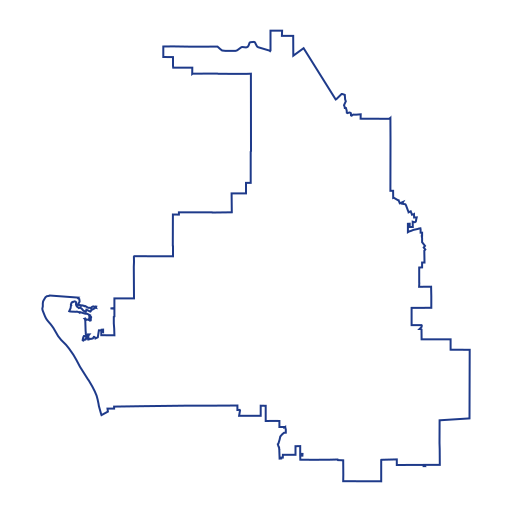 Etchojoa, Sonora, Mexico
{"feature_id": "50627088B76795265629930", "entity_name": "Etchojoa", "entity_type": "district", "adm_level": 2, "iso_a3": "MEX", "parent_name": "Mexico", "parent_adm1": "Sonora", "projection": "natural_earth1", "projection_center": [-109.755, 27.044], "detail": "fine", "context": "isolated", "style": "outline", "palette": "blue", "viewbox_px": 512, "rotation_deg": 0, "n_neighbors": 0, "source": "geoboundaries", "source_scale": "gbopen_adm2", "svg_char_len": 5758}
<svg xmlns="http://www.w3.org/2000/svg" viewBox="0 0 512 512"><path d="M381.2,481.3L381.2,459.9L381.3,459.8L396.8,459.4L396.8,465.0L423.6,464.9L423.6,466.1L424.9,466.1L424.6,465.6L424.6,464.9L439.8,464.9L439.7,449.2L439.5,443.0L439.6,420.3L469.5,418.4L469.7,349.8L450.6,349.7L450.6,339.3L421.6,339.3L421.5,328.8L421.4,329.0L419.6,329.0L421.4,327.2L421.7,326.2L421.8,325.8L421.7,325.5L421.5,325.1L411.6,325.1L411.6,307.9L431.3,307.8L431.3,296.3L431.1,286.7L419.1,286.8L419.3,283.0L419.2,282.9L419.2,267.5L422.1,267.4L422.1,262.5L424.5,262.5L424.3,250.7L425.3,249.5L423.7,247.5L425.0,245.9L422.1,242.2L422.1,237.9L421.9,237.2L422.0,236.7L422.0,235.9L421.8,235.9L421.8,235.7L422.1,235.7L422.1,232.7L420.6,232.7L420.6,229.5L420.4,228.3L418.7,228.6L418.0,228.9L413.4,229.9L410.5,231.1L409.8,231.2L409.1,231.5L407.9,232.2L407.9,223.8L409.7,223.7L409.7,227.0L412.8,227.0L412.7,221.7L414.3,222.2L414.8,222.2L415.6,221.8L415.8,221.5L416.0,220.9L416.2,219.4L416.7,217.4L414.1,217.5L414.0,214.1L413.3,214.5L412.6,214.4L412.0,214.7L410.7,211.3L408.6,212.3L408.5,211.7L408.1,211.0L405.7,204.5L406.0,204.4L402.1,203.7L403.1,201.9L399.8,203.3L398.6,200.3L398.3,200.4L393.7,197.7L393.2,197.9L393.1,190.8L390.4,190.8L390.5,139.4L390.4,118.1L389.8,118.8L389.7,118.8L390.0,118.3L389.9,118.2L389.3,118.6L388.7,118.8L360.6,118.7L360.7,114.3L355.9,114.7L353.2,114.6L351.6,115.7L351.0,115.4L350.9,113.3L350.6,112.9L349.5,112.5L347.4,113.1L346.8,112.7L346.7,110.6L345.9,108.0L344.8,108.0L344.6,106.7L344.0,105.2L345.8,101.3L345.1,99.3L344.8,94.9L342.2,94.0L341.6,94.0L336.4,99.1L335.7,99.5L303.6,48.2L293.3,55.7L293.2,35.9L281.9,35.9L282.1,30.7L270.5,30.7L270.5,50.5L270.1,51.1L269.5,50.6L258.1,47.2L257.2,46.6L256.6,45.7L255.0,42.5L254.6,42.1L253.8,41.9L250.6,42.2L250.2,42.3L249.7,42.6L249.4,43.2L248.6,45.5L248.2,46.1L247.7,46.8L247.1,47.1L246.2,47.4L245.6,47.4L242.4,47.0L241.7,47.1L241.1,47.4L237.2,50.3L235.8,50.8L235.3,50.9L225.7,50.9L222.1,50.5L220.3,49.1L217.5,46.6L192.3,46.7L173.0,46.4L163.3,46.5L163.3,57.0L173.0,57.1L173.0,65.9L173.2,67.7L192.3,67.7L192.2,74.0L192.6,73.7L207.4,73.6L217.4,73.6L218.3,73.8L245.8,73.9L250.9,73.7L251.0,151.2L250.7,151.7L250.7,182.9L246.0,182.9L246.0,193.4L231.6,193.4L231.8,212.3L216.2,212.5L212.2,212.5L212.0,212.3L178.9,212.3L178.9,214.6L172.9,214.5L172.8,245.8L173.0,246.0L173.0,256.3L134.3,256.2L134.2,256.5L133.9,256.8L134.0,261.8L133.8,266.9L134.0,298.4L114.4,298.4L114.4,308.1L110.5,308.4L114.4,308.7L114.4,316.5L113.8,316.9L113.8,323.4L114.2,328.6L114.4,335.3L101.3,335.2L101.3,331.3L103.1,332.1L103.1,329.6L101.7,329.7L101.7,330.3L98.9,330.3L97.8,337.3L95.5,338.4L95.4,337.8L94.6,337.2L94.2,336.9L93.8,336.9L93.5,337.6L93.0,338.3L92.7,338.3L91.8,338.8L90.7,338.8L88.6,339.5L88.3,339.5L88.3,339.1L88.7,338.9L88.8,338.3L88.6,337.9L88.2,337.7L87.7,337.8L87.4,338.5L86.9,338.4L86.7,338.7L85.8,338.7L85.6,338.9L85.6,339.4L85.5,339.6L83.9,339.6L83.7,340.3L83.4,340.6L82.7,340.3L82.7,339.9L82.9,338.8L83.3,337.2L83.9,336.0L84.2,335.9L86.2,336.9L86.6,336.8L87.0,336.4L87.8,336.4L88.2,336.5L88.5,336.0L88.7,335.1L89.3,334.4L87.7,334.4L87.4,334.8L86.7,335.0L86.4,335.0L86.0,334.6L85.7,333.2L85.8,332.6L85.6,330.9L85.3,321.2L85.1,319.6L84.8,318.9L84.6,318.7L84.9,318.6L84.9,318.8L85.1,318.9L85.3,319.3L85.6,319.5L86.0,319.3L86.5,319.8L87.0,319.6L88.0,319.7L89.0,319.2L89.6,319.9L89.1,320.3L89.0,320.9L89.5,320.2L89.8,320.6L90.6,320.5L90.8,320.2L90.8,319.6L90.5,319.7L90.1,319.4L90.1,319.1L89.9,319.0L89.8,318.7L89.5,318.5L89.2,318.4L89.2,318.2L90.3,318.1L90.8,317.5L91.1,317.4L91.1,317.0L90.8,316.6L90.5,316.6L89.7,316.4L89.5,316.5L89.3,316.3L89.2,316.0L89.9,315.2L87.2,313.8L85.2,313.7L80.0,312.1L79.7,312.7L79.3,312.4L77.3,311.7L76.7,311.6L76.3,311.8L71.2,311.6L69.7,311.4L69.2,311.2L70.6,308.1L70.9,305.8L71.0,305.5L71.2,305.3L71.0,305.0L70.9,304.7L70.9,304.3L71.2,303.8L71.4,303.0L72.3,302.0L72.6,301.9L72.9,302.1L74.3,301.4L74.9,301.4L75.3,301.6L76.2,302.3L76.2,302.6L76.1,303.1L76.0,304.3L76.3,305.5L77.0,306.6L78.0,307.4L78.7,307.5L78.9,308.0L80.4,307.7L82.0,309.0L83.5,310.8L85.8,311.7L86.4,309.7L90.3,311.6L90.7,311.3L91.3,309.9L91.8,309.6L92.0,309.3L92.4,309.6L92.5,309.6L92.8,309.3L94.5,308.4L94.6,308.1L95.6,307.7L96.0,307.8L95.9,307.6L96.2,306.6L95.3,306.5L94.6,306.9L94.3,306.7L93.9,306.6L93.4,306.4L92.6,306.6L91.6,307.2L91.0,308.0L90.6,308.1L89.9,307.8L88.2,307.8L85.5,306.2L85.3,306.1L84.9,306.3L84.6,306.2L83.8,305.7L83.4,305.8L82.8,305.5L81.8,305.3L81.3,305.8L80.3,305.5L80.0,305.0L78.7,305.0L77.9,304.8L77.8,304.6L78.0,304.2L78.5,303.7L79.4,302.0L79.6,301.3L79.3,299.1L78.6,298.5L78.3,298.5L77.8,298.1L77.8,297.9L78.1,297.6L49.6,295.5L49.2,295.7L49.2,295.8L48.3,296.0L46.9,296.2L45.5,297.2L43.7,300.2L43.1,301.4L42.8,303.3L42.8,306.4L42.3,308.7L42.5,309.9L42.9,311.1L44.9,316.1L45.7,317.8L46.7,319.5L48.1,321.3L50.6,324.2L51.9,325.9L53.4,328.0L58.1,336.1L61.1,339.9L66.1,344.9L69.0,348.5L73.4,354.8L76.3,359.8L80.0,366.8L87.9,379.3L88.8,380.5L92.3,386.5L94.8,391.4L96.6,395.7L97.6,399.4L98.5,403.7L98.9,406.1L101.1,414.0L101.5,415.1L107.9,411.6L107.5,408.6L114.1,408.6L114.1,406.6L141.2,406.2L183.7,405.7L208.3,405.7L221.5,405.6L226.1,405.6L237.4,405.5L237.4,410.0L239.7,409.9L240.0,410.4L239.1,415.8L260.7,415.8L260.7,405.7L265.7,405.8L265.7,421.0L276.0,420.9L279.4,421.0L279.4,427.0L284.0,427.0L284.1,427.5L284.7,427.2L285.2,426.9L285.2,427.1L285.8,429.6L285.8,432.7L284.0,432.8L282.2,434.3L280.3,436.5L279.6,439.6L278.4,443.6L277.8,444.2L278.6,446.7L278.8,446.8L279.1,447.6L279.2,449.3L279.4,449.6L279.3,450.4L279.6,458.6L281.2,458.5L281.2,457.6L282.8,457.6L282.9,454.8L295.5,454.8L295.5,446.2L300.2,446.1L300.2,453.8L302.5,453.9L302.4,455.7L300.2,455.7L300.3,459.7L313.3,459.8L330.2,459.7L337.6,459.5L337.9,460.1L343.2,460.3L343.3,474.9L343.2,481.2L381.2,481.3Z" fill="none" stroke="#1e3a8a" stroke-width="2"/></svg>